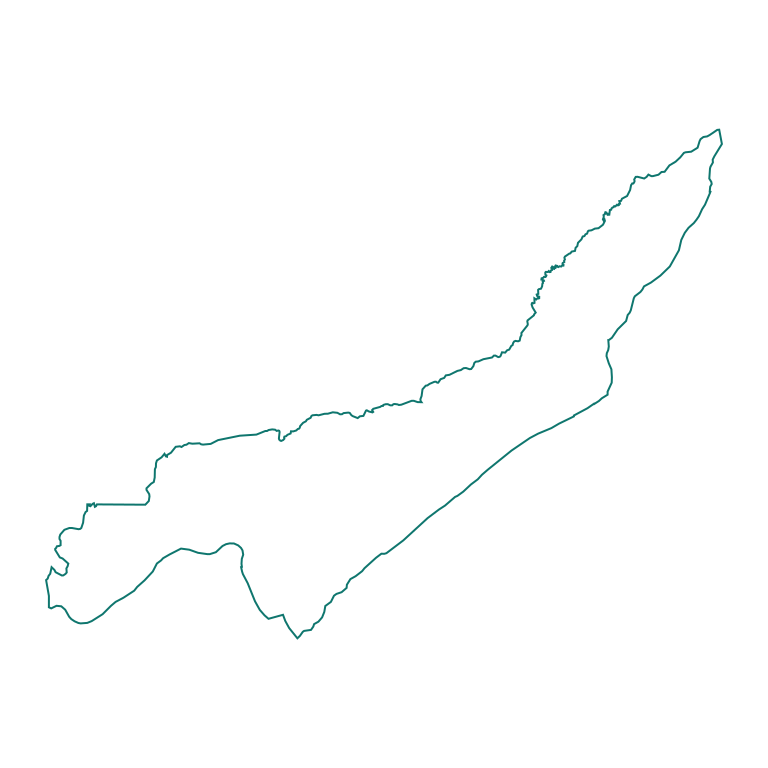 San Zenón, Magdalena, Colombia (Albers equal-area conic projection)
{"feature_id": "7082276B67233849099961", "entity_name": "San Zenón", "entity_type": "district", "adm_level": 2, "iso_a3": "COL", "parent_name": "Colombia", "parent_adm1": "Magdalena", "projection": "albers", "projection_center": [-74.331, 9.355], "detail": "fine", "context": "isolated", "style": "outline", "palette": "teal", "viewbox_px": 768, "rotation_deg": 0, "n_neighbors": 0, "source": "geoboundaries", "source_scale": "gbopen_adm2", "svg_char_len": 6057}
<svg xmlns="http://www.w3.org/2000/svg" viewBox="0 0 768 768"><path d="M268.5,618.8L283.0,614.8L285.3,621.0L289.2,628.1L297.4,638.3L299.9,635.9L302.8,631.8L304.1,630.9L311.0,629.9L313.3,626.6L314.1,624.1L318.4,621.7L322.1,617.4L324.3,611.9L325.3,606.0L330.9,601.9L334.0,595.7L336.5,593.9L341.6,592.2L346.6,587.9L346.9,584.7L350.4,579.1L355.6,576.2L362.1,571.2L364.5,568.2L376.0,557.8L381.4,553.7L384.3,553.8L386.4,553.2L403.3,540.4L427.6,518.1L439.0,509.5L445.0,505.6L455.1,496.9L457.4,495.9L463.3,491.6L470.9,484.5L477.8,479.3L481.9,474.8L487.8,469.7L511.6,450.5L529.9,438.0L538.2,433.6L551.4,428.1L559.1,423.6L573.9,416.4L573.9,415.5L587.5,408.2L594.0,403.7L594.2,404.0L598.9,401.0L601.8,398.3L607.6,394.7L607.6,391.6L611.7,382.7L611.9,377.3L611.4,369.3L608.8,363.3L606.5,356.1L606.8,353.2L608.2,350.1L608.8,346.5L608.3,340.1L608.8,340.1L611.9,337.8L617.7,329.3L626.1,321.0L627.7,315.0L629.7,312.7L630.8,310.3L633.8,298.3L634.8,296.3L640.4,292.0L642.4,289.5L644.0,286.4L650.9,282.6L660.4,275.6L669.8,266.5L678.9,250.3L681.3,239.9L684.8,232.8L688.6,227.7L693.8,223.1L696.5,219.7L698.9,216.2L702.1,209.2L705.0,204.7L710.1,192.7L710.4,191.8L709.7,191.7L710.2,186.7L711.7,184.0L711.3,181.9L709.3,178.6L710.0,168.5L710.5,166.7L712.9,162.5L712.7,159.6L714.4,156.2L721.9,144.0L719.2,129.7L717.2,129.9L709.7,135.0L707.2,136.4L703.4,137.0L700.6,139.1L699.6,141.1L697.6,147.7L691.2,151.7L685.5,152.3L683.9,152.9L680.4,157.2L675.6,161.7L669.4,165.4L664.6,171.8L661.5,172.0L658.5,174.7L653.0,176.1L651.3,176.1L648.4,174.6L646.6,176.9L644.2,178.5L637.6,176.8L635.7,176.9L634.2,179.5L634.6,181.1L634.1,182.5L633.3,183.5L632.3,183.4L631.1,185.1L630.1,190.0L627.1,196.0L622.0,198.7L621.0,200.9L619.3,201.1L620.0,203.7L618.8,204.0L618.8,205.1L617.9,205.4L616.9,204.8L615.4,206.4L614.2,206.1L613.6,207.2L612.5,207.5L611.5,208.5L611.2,209.7L609.9,210.0L609.3,214.7L607.7,214.8L607.5,213.7L606.4,213.7L606.3,212.5L605.4,212.2L604.5,214.5L603.5,215.1L603.8,217.0L602.9,219.3L603.5,220.4L604.5,219.5L604.9,220.9L603.0,224.7L598.5,228.2L594.9,228.6L591.5,230.3L588.6,230.7L587.9,231.3L587.1,233.6L585.5,234.3L584.4,236.1L582.7,236.5L581.4,239.4L578.0,242.8L577.3,246.1L575.6,247.8L575.0,250.9L571.7,251.6L570.3,253.4L569.3,253.6L564.9,256.6L564.4,257.7L564.9,259.5L564.1,260.7L564.3,262.1L562.7,263.0L562.5,263.7L562.8,264.8L563.5,265.0L563.4,265.6L562.1,265.5L561.3,266.5L559.5,266.3L558.3,267.1L557.4,266.7L557.2,265.9L555.6,265.5L555.1,266.4L555.9,266.8L555.5,267.9L554.6,267.6L554.2,268.8L553.5,268.5L553.5,267.2L552.2,266.5L551.3,267.9L552.6,269.1L552.1,270.0L550.8,270.5L550.5,272.0L549.6,272.1L548.7,271.1L547.9,272.0L545.8,271.9L545.3,272.5L545.4,274.8L546.4,275.4L546.0,276.5L545.4,277.0L543.9,276.9L543.3,277.8L541.6,278.3L541.4,279.6L543.7,280.3L544.0,280.9L542.7,281.7L543.0,283.0L542.4,283.7L542.1,286.4L541.0,288.7L538.8,289.2L538.1,289.9L538.3,293.9L536.7,294.5L537.1,295.9L539.2,296.7L539.2,298.2L538.7,298.5L537.6,298.2L536.2,299.5L534.4,298.3L534.5,302.9L533.2,303.4L532.3,302.9L531.9,303.2L531.6,304.6L532.6,307.5L535.7,312.6L534.1,314.4L533.9,315.3L527.6,320.4L527.3,321.3L527.8,324.2L527.5,325.3L521.4,333.0L521.5,335.1L520.4,337.1L519.7,340.6L518.1,341.3L515.4,340.9L514.1,341.5L513.1,343.1L512.6,345.1L511.3,345.9L509.2,349.6L507.1,350.3L505.2,352.6L502.0,352.3L500.6,355.9L499.7,356.8L498.2,357.1L495.5,355.6L493.9,355.6L492.0,357.5L483.4,359.2L478.4,361.4L475.7,361.7L474.3,363.0L473.4,366.1L471.2,369.0L469.5,369.2L466.0,368.0L463.6,368.2L460.8,370.1L457.4,370.9L449.5,374.8L445.8,375.4L444.2,377.9L440.6,379.2L438.2,382.7L437.3,382.7L435.9,381.7L434.4,381.8L429.5,383.9L427.4,385.4L425.7,385.7L422.5,389.3L421.6,396.0L420.4,399.2L420.6,400.9L421.5,402.2L417.6,402.1L413.8,400.8L411.7,400.8L401.3,404.7L398.9,405.0L397.6,404.4L394.7,404.0L393.4,404.2L392.2,405.3L390.2,405.3L387.8,404.2L385.8,404.2L383.4,404.9L383.0,405.9L381.5,406.0L380.2,406.9L373.3,408.8L372.1,410.1L373.2,411.9L372.5,412.4L368.9,411.5L366.8,410.3L366.0,410.6L363.4,415.9L359.9,416.3L357.7,418.1L352.7,416.1L351.4,415.2L349.7,412.9L348.2,412.6L343.6,413.1L342.0,414.2L340.1,414.3L337.4,412.8L332.8,412.3L327.9,413.7L324.5,413.8L318.6,415.3L316.5,414.9L312.5,415.3L311.5,415.9L310.6,417.8L306.8,419.8L305.9,421.3L303.1,422.8L300.2,426.0L299.7,427.8L299.0,428.7L297.8,429.0L296.2,430.5L293.2,431.4L291.0,431.3L290.6,433.5L287.5,434.8L286.1,436.2L284.4,436.6L284.1,437.5L284.4,438.7L283.2,440.0L281.3,440.9L280.4,440.7L279.2,439.6L278.9,438.4L279.6,432.0L279.2,430.8L278.3,430.5L276.7,430.9L275.1,429.7L272.2,429.4L268.7,430.0L267.0,431.0L265.3,431.0L256.4,434.6L239.8,435.7L218.1,440.1L210.7,443.9L203.0,444.6L201.1,444.3L199.6,443.3L192.4,443.7L188.8,443.1L186.5,444.7L184.4,445.0L181.5,447.0L179.9,446.3L175.7,446.8L171.0,452.7L167.0,455.1L167.0,456.7L165.9,456.4L164.5,453.8L161.6,457.3L156.9,460.5L156.0,463.3L155.9,467.0L154.9,469.2L154.7,477.5L153.8,482.0L151.1,483.7L146.5,488.3L146.5,489.9L149.2,494.1L149.5,496.4L148.8,501.0L145.3,504.7L96.9,504.4L96.0,506.2L94.9,506.8L93.9,503.2L92.7,503.8L90.4,506.2L89.0,505.7L89.6,504.3L87.3,504.3L87.1,510.9L85.6,512.0L83.9,515.5L83.1,522.7L81.3,528.0L80.2,528.9L78.6,529.2L72.0,528.0L69.3,528.0L64.4,529.8L60.3,534.5L59.5,537.0L59.5,539.0L60.6,540.8L60.6,545.2L59.4,545.9L56.9,546.3L56.1,548.0L55.2,548.8L55.2,549.9L59.8,557.4L62.6,558.5L68.3,563.6L67.6,566.3L66.4,568.4L66.7,572.5L65.5,573.9L63.3,575.4L61.9,575.5L55.6,572.2L54.4,569.9L51.6,567.2L50.2,573.8L48.6,575.8L47.7,578.6L46.1,580.1L48.9,595.9L48.9,607.3L51.2,608.4L56.5,605.8L61.3,606.3L65.2,609.7L69.2,616.8L71.3,619.1L74.6,621.3L78.4,623.0L80.7,623.4L87.3,622.9L91.7,621.1L102.6,614.2L111.0,605.8L115.6,601.9L123.5,597.7L134.2,590.7L137.2,586.9L144.6,580.3L152.8,571.5L156.9,563.5L161.1,560.4L163.1,558.2L169.7,554.4L181.0,548.6L189.3,549.7L198.0,552.8L207.1,554.1L209.9,554.1L215.9,552.2L222.5,546.0L226.0,544.2L229.6,543.4L234.0,543.5L238.2,545.4L241.0,547.9L242.5,550.4L243.2,554.7L241.8,558.9L241.5,563.8L241.9,566.9L241.1,567.1L242.1,571.6L242.9,574.1L247.7,583.2L255.0,601.3L259.8,609.9L264.5,615.3L268.5,618.8Z" fill="none" stroke="#0f766e" stroke-width="2"/></svg>